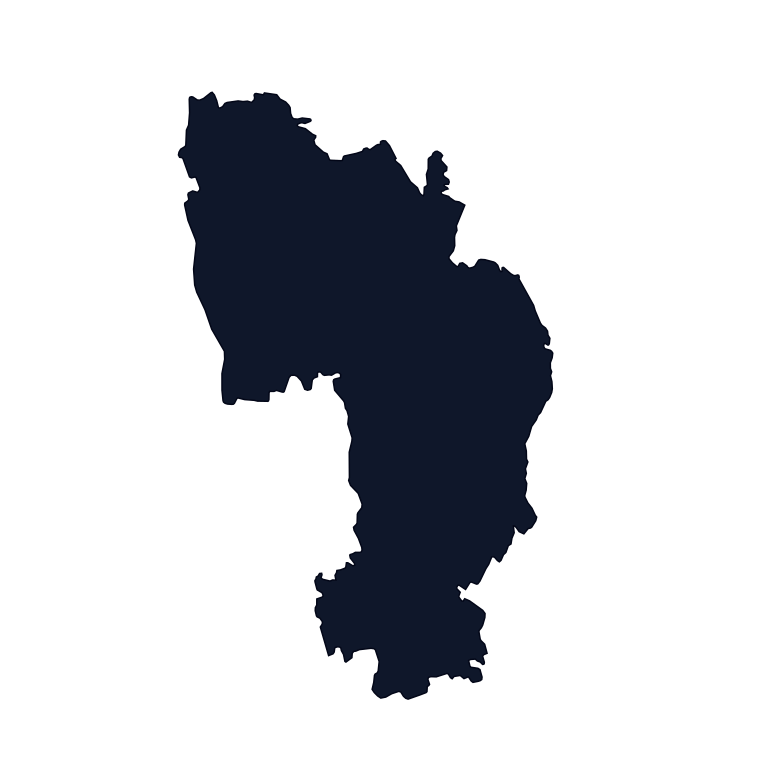 outline of Dnipropetrovs'k, rotated 81°
{"feature_id": "UKR-326", "entity_name": "Dnipropetrovs'k", "entity_type": "Region", "adm_level": 1, "iso_a3": "UKR", "parent_name": "Ukraine", "parent_adm1": "", "projection": "robinson", "projection_center": [35.02, 48.328], "detail": "fine", "context": "isolated", "style": "filled", "palette": "ink", "viewbox_px": 768, "rotation_deg": 81, "n_neighbors": 0, "source": "natural_earth", "source_scale": "10m", "svg_char_len": 6135}
<svg xmlns="http://www.w3.org/2000/svg" viewBox="0 0 768 768"><g transform="rotate(81 384 384)"><path d="M389.1,216.4L394.6,217.2L398.2,216.5L401.8,218.3L408.0,217.8L415.1,218.5L418.6,219.7L423.2,222.5L425.2,224.4L426.4,226.9L436.7,233.8L438.9,236.7L443.2,239.2L449.0,244.8L458.3,249.2L465.0,254.3L472.4,253.9L480.5,255.0L483.5,254.1L489.9,257.6L494.6,257.4L499.4,259.7L504.5,258.6L511.1,260.2L516.0,262.4L517.7,262.5L524.0,260.5L529.8,257.3L537.4,255.1L539.3,254.0L542.8,255.5L548.6,260.6L549.2,261.9L549.3,264.2L553.9,269.3L551.0,273.6L546.3,275.9L544.6,277.3L544.4,278.4L551.3,278.7L556.4,281.8L561.9,283.6L563.1,286.5L569.5,290.0L571.3,292.7L576.5,296.0L577.7,297.9L576.1,299.6L572.4,301.9L571.7,303.3L571.7,304.7L578.5,308.8L582.3,312.2L593.7,320.1L596.1,322.7L596.1,324.0L593.3,328.6L593.3,330.0L599.7,335.6L594.4,341.3L594.4,342.5L596.0,343.9L597.6,344.1L601.6,341.3L605.2,343.3L606.4,343.3L610.4,341.2L610.8,339.7L608.7,337.9L611.6,333.4L623.0,321.9L626.5,320.1L630.4,320.9L637.5,324.2L640.0,326.0L642.3,328.6L643.5,329.0L651.1,328.9L652.7,328.3L656.8,325.3L666.1,324.3L666.9,327.7L668.1,329.2L674.5,328.4L675.9,328.8L676.4,329.3L676.4,330.5L673.7,332.4L672.1,335.2L670.0,336.8L669.6,341.7L670.3,343.7L676.0,343.3L677.3,342.6L679.5,335.7L681.1,333.9L688.8,333.0L691.2,333.7L692.1,335.5L692.4,337.6L692.6,342.8L691.1,344.3L686.7,346.3L686.5,346.9L687.5,351.1L683.8,354.3L683.8,360.5L685.8,362.8L684.4,364.3L680.7,365.7L679.7,367.0L681.4,378.2L680.4,383.5L680.7,385.9L682.4,386.9L687.8,386.0L688.8,386.9L689.6,388.6L694.6,389.7L695.4,390.8L696.7,397.0L699.0,409.5L697.8,411.7L695.5,413.6L690.8,415.6L689.9,417.6L691.1,424.8L693.5,431.2L693.7,436.3L691.1,439.1L687.2,441.9L683.7,443.5L677.1,440.8L670.3,439.0L669.1,438.1L668.4,436.1L666.7,434.7L657.4,432.2L645.2,434.1L643.9,435.2L643.0,438.2L642.5,449.9L643.4,453.5L643.4,455.8L645.0,457.5L649.3,458.5L652.7,465.1L651.9,466.0L644.8,466.3L640.6,467.8L638.0,467.9L636.8,469.0L636.3,470.9L636.6,473.3L637.2,474.0L640.9,475.1L642.5,476.5L643.6,481.2L614.1,484.9L611.5,482.6L609.2,482.0L605.3,483.9L603.5,486.5L602.4,487.0L597.2,487.4L594.2,486.8L591.8,485.0L585.8,484.0L584.8,478.4L584.0,477.4L582.4,477.3L580.4,477.9L577.0,482.1L575.8,482.4L568.5,483.1L567.2,482.9L566.3,481.9L564.0,481.0L563.4,479.2L561.1,477.3L561.2,475.2L562.8,475.1L565.4,476.5L567.2,475.3L570.2,468.1L569.5,465.5L570.2,462.2L565.3,462.3L562.9,460.4L560.8,459.7L560.8,456.1L559.8,451.3L558.7,450.3L554.7,449.1L554.9,447.7L558.7,443.2L558.4,441.2L556.4,441.3L550.6,444.5L547.9,444.6L547.2,444.2L546.8,441.3L545.8,438.7L546.6,433.7L546.0,432.5L544.7,431.7L542.0,431.5L532.5,433.4L523.9,436.4L520.7,436.5L518.3,433.2L517.1,432.3L508.5,430.7L507.1,429.9L502.7,425.3L499.2,424.4L488.0,426.6L478.9,432.9L473.8,434.0L471.0,432.8L445.9,429.0L435.5,424.7L432.2,423.9L417.9,426.0L410.5,424.0L404.5,424.7L402.0,425.9L396.2,425.9L394.4,426.5L382.5,433.7L373.4,433.7L371.9,433.0L371.4,431.8L370.9,426.0L367.9,425.3L366.2,426.3L365.4,428.1L365.4,430.1L367.1,434.4L366.4,436.8L366.1,441.6L365.2,442.9L362.3,444.7L361.8,446.8L362.5,447.9L366.4,448.6L367.1,452.1L368.8,454.2L377.0,456.6L377.9,457.6L378.2,460.5L376.8,463.1L368.1,465.1L362.8,468.6L361.3,471.0L360.9,474.5L362.6,476.7L375.9,483.8L376.3,484.6L376.0,485.9L373.5,491.2L374.1,493.9L373.4,498.0L374.6,498.9L381.3,500.1L382.7,500.8L382.9,501.5L381.1,511.6L379.8,514.8L377.6,524.1L374.8,530.7L375.6,531.8L379.7,534.8L380.4,536.0L380.3,537.5L379.3,541.8L378.2,544.0L376.8,545.3L375.3,545.6L364.8,545.0L348.3,542.4L334.7,537.5L326.7,536.5L302.9,545.6L282.6,549.2L264.0,554.6L256.6,555.5L240.7,554.1L215.7,547.3L212.1,547.5L191.7,552.0L176.0,552.9L174.2,552.5L172.6,549.3L171.2,547.9L166.4,548.1L164.8,547.3L163.4,542.7L165.6,538.2L163.5,535.6L161.5,535.1L150.5,537.4L150.0,538.4L150.3,542.0L149.0,543.7L129.8,547.3L128.8,548.2L128.1,550.4L125.6,551.2L122.9,550.2L120.3,548.1L118.2,543.1L116.7,542.3L102.3,539.4L97.8,536.5L85.7,533.6L72.2,531.8L70.5,531.1L70.1,529.5L70.6,527.9L74.4,523.8L74.8,521.6L73.8,517.6L69.2,509.4L69.0,508.1L72.0,506.3L78.0,504.9L85.0,504.3L85.6,503.7L85.7,502.6L84.8,500.0L82.0,497.2L81.4,494.9L81.6,483.8L83.0,479.1L83.3,474.5L85.2,470.8L83.1,467.8L81.0,467.0L78.3,467.1L77.1,466.0L77.1,464.8L79.5,457.9L77.8,456.6L81.5,444.7L86.3,442.1L90.1,437.0L93.8,434.5L96.3,433.5L102.2,433.9L106.1,433.1L107.9,431.8L108.9,427.7L108.5,423.2L110.6,415.7L111.2,415.0L112.5,414.9L113.1,415.9L114.3,421.3L113.1,424.2L113.1,425.7L113.8,428.5L115.3,429.3L116.5,428.4L119.5,421.7L126.1,415.6L128.1,412.6L129.6,412.9L132.1,415.2L136.9,414.7L145.5,407.6L147.7,404.2L153.8,402.8L154.6,402.1L156.7,391.7L156.7,390.2L153.1,388.4L152.6,387.5L151.9,375.3L150.9,368.9L148.7,367.3L148.2,365.0L148.3,363.8L150.0,362.2L150.3,360.8L147.0,354.2L146.6,352.9L146.7,350.0L144.4,349.6L143.8,348.7L143.5,347.0L144.2,344.5L149.4,341.3L163.1,336.8L163.9,338.1L165.7,337.7L170.8,333.3L188.4,326.2L195.4,320.3L200.8,318.9L202.9,317.6L204.2,315.8L203.1,314.9L196.0,313.4L194.9,310.8L193.9,309.9L183.6,309.3L178.5,306.7L168.9,305.1L167.8,304.1L166.4,301.0L163.8,299.4L162.4,297.0L162.4,295.0L164.8,292.0L167.5,290.4L170.3,292.6L172.3,292.6L179.5,287.9L183.0,288.8L184.2,292.0L186.5,292.9L188.5,292.1L192.2,288.3L194.7,288.0L196.8,289.1L196.4,292.4L197.0,293.6L198.1,293.4L199.9,290.9L201.3,290.2L201.8,293.7L202.6,295.1L202.7,297.0L204.0,297.7L205.0,297.5L206.1,296.4L208.9,290.7L210.2,290.0L214.5,285.5L215.9,281.3L220.0,276.2L239.1,287.8L243.7,287.9L247.5,290.5L250.2,291.4L258.5,292.5L263.3,294.7L268.3,299.9L270.4,300.2L275.0,297.5L279.4,293.7L279.6,292.5L276.7,290.3L276.6,287.4L280.2,283.7L282.0,282.9L283.0,281.4L282.6,277.8L281.9,275.9L276.4,271.1L276.1,268.9L277.0,264.9L280.7,256.5L281.8,255.1L284.6,253.1L289.6,252.1L291.3,251.1L291.2,249.8L287.8,249.2L287.4,248.2L287.6,247.6L294.9,241.6L296.9,239.2L297.5,237.7L297.2,234.8L297.8,233.9L299.6,233.7L301.3,234.3L329.8,223.9L335.4,223.2L348.3,220.0L350.8,218.8L354.0,215.7L357.4,214.2L361.4,214.4L364.8,213.0L370.2,214.5L371.2,215.4L371.2,216.0L369.0,218.6L369.0,219.2L370.6,220.2L372.5,220.3L374.4,219.5L376.7,214.5L378.0,213.3L379.9,212.5L384.4,213.8L389.1,216.4Z" fill="#0f172a" stroke="#020617" stroke-width="1.5"/></g></svg>